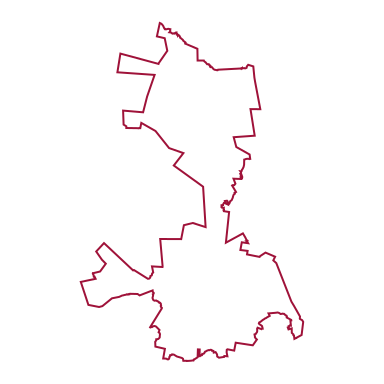 outline of Villa Hidalgo, San Luis Potosí, Mexico
{"feature_id": "50627088B95617722070364", "entity_name": "Villa Hidalgo", "entity_type": "district", "adm_level": 2, "iso_a3": "MEX", "parent_name": "Mexico", "parent_adm1": "San Luis Potosí", "projection": "orthographic", "projection_center": [-100.656, 22.682], "detail": "fine", "context": "isolated", "style": "outline", "palette": "rose", "viewbox_px": 384, "rotation_deg": 0, "n_neighbors": 0, "source": "geoboundaries", "source_scale": "gbopen_adm2", "svg_char_len": 5947}
<svg xmlns="http://www.w3.org/2000/svg" viewBox="0 0 384 384"><path d="M92.9,273.1L92.8,273.7L93.5,274.9L93.8,276.7L94.5,276.6L95.6,278.8L80.8,281.9L88.4,304.9L99.1,307.0L102.4,306.1L112.0,298.3L119.1,296.9L120.7,296.2L121.9,295.6L123.4,295.3L124.4,295.0L126.1,294.7L126.6,294.3L127.1,294.3L127.8,294.6L128.0,294.3L129.3,294.3L129.3,294.0L129.7,294.0L129.9,293.8L137.6,294.0L139.6,295.4L152.6,290.4L152.8,292.0L153.7,292.8L153.7,293.6L152.8,294.2L153.1,295.3L153.0,296.0L152.5,297.9L152.8,298.9L153.4,300.1L154.5,300.7L156.2,300.5L157.1,301.1L157.6,301.1L157.9,301.5L158.8,301.9L158.9,302.5L159.6,302.9L160.1,302.8L160.8,303.6L160.9,304.3L160.9,304.9L161.1,305.4L160.7,306.0L161.3,307.5L161.8,307.7L161.8,308.4L149.6,328.1L150.1,327.5L150.7,327.1L152.0,327.1L153.2,326.3L154.3,326.0L155.6,326.3L156.1,326.6L159.5,330.0L158.6,332.3L159.7,333.2L160.0,334.2L159.9,334.5L159.7,337.4L159.3,338.0L158.2,339.0L156.2,339.3L156.3,340.2L155.2,341.8L155.4,346.6L164.9,348.8L163.2,358.5L165.8,358.6L166.7,358.8L167.3,359.3L168.4,359.3L169.0,358.8L169.4,357.6L169.3,357.2L169.5,356.7L169.8,356.5L170.1,355.7L170.1,355.2L170.5,355.1L170.8,355.3L171.2,355.2L172.3,354.7L172.3,354.4L173.8,354.6L176.9,356.5L181.7,357.9L182.3,358.2L183.0,358.8L183.3,360.8L186.7,360.8L186.8,361.0L191.0,360.7L193.0,360.4L193.5,360.5L194.0,359.5L194.6,359.7L194.3,359.4L197.6,357.3L197.9,349.4L199.7,349.5L199.5,356.2L199.9,356.2L200.2,355.7L200.9,355.6L201.0,355.4L201.2,355.1L201.5,355.0L201.7,354.7L202.0,354.7L202.1,354.4L202.3,354.6L202.5,354.2L203.4,353.6L203.8,353.6L204.6,352.7L204.8,352.0L205.3,351.5L205.5,351.5L206.0,351.3L206.9,350.7L207.8,350.4L208.4,350.1L209.4,350.2L210.4,349.8L210.9,349.8L211.7,350.0L212.0,350.8L213.4,350.9L213.7,352.6L215.6,352.1L216.7,353.8L217.1,354.7L217.2,356.5L219.0,357.7L224.1,356.9L224.3,356.0L227.4,356.3L226.6,352.2L226.8,349.7L227.5,349.3L234.2,350.6L235.7,342.7L252.8,345.3L256.9,339.5L255.6,338.3L255.4,337.9L255.1,337.5L254.9,337.1L255.0,336.8L254.5,334.4L255.9,333.8L256.0,333.4L256.9,332.3L257.2,331.3L257.2,329.7L257.1,329.1L257.3,328.7L257.2,328.6L257.6,327.7L261.6,329.2L261.8,329.0L262.3,328.2L262.6,328.3L262.4,327.2L262.1,326.8L262.1,326.2L261.8,325.8L261.6,325.7L261.3,325.4L259.4,324.2L258.9,323.5L259.1,323.2L259.1,322.6L259.4,322.3L260.4,321.9L262.7,320.0L264.2,319.1L265.1,318.4L266.0,318.1L267.1,317.3L269.7,315.9L268.5,313.4L275.4,312.8L277.7,312.5L279.2,313.0L280.6,314.0L282.0,313.8L282.8,313.6L283.5,313.9L284.2,313.9L284.9,314.6L285.2,315.0L286.0,315.4L285.9,315.5L286.7,316.2L286.9,316.5L286.7,317.5L291.2,319.9L291.3,320.5L290.4,320.8L290.9,325.6L289.8,325.4L289.5,325.7L289.5,325.9L288.9,326.1L288.6,326.2L288.8,327.2L287.8,327.5L288.5,329.4L291.7,328.4L291.8,332.9L293.4,334.4L293.4,335.3L294.0,335.6L294.4,338.9L295.7,338.2L296.2,338.1L296.2,337.9L301.6,335.0L303.2,321.9L302.2,320.2L299.9,318.9L299.8,318.7L300.0,316.5L294.0,305.9L291.4,301.6L276.3,263.1L273.3,260.4L275.1,256.7L265.5,252.6L260.0,256.2L259.6,256.9L247.0,254.4L247.6,250.9L240.4,250.0L241.8,242.3L248.1,243.2L247.2,241.7L246.6,241.2L247.3,241.1L247.6,240.8L247.6,240.7L246.5,240.0L245.4,237.6L242.9,233.4L225.9,242.7L229.1,212.0L224.0,211.2L224.0,209.9L223.6,209.9L223.7,208.9L223.6,209.0L223.6,207.8L222.0,207.6L221.8,206.5L221.5,206.6L221.5,205.2L223.0,205.1L223.0,204.6L223.9,202.9L225.5,203.3L225.8,203.6L226.7,204.0L226.0,203.0L225.3,202.7L225.3,202.1L224.9,201.0L227.0,200.7L227.4,201.1L227.6,201.7L228.6,203.5L228.9,204.1L229.0,204.0L229.4,203.5L230.1,201.4L230.3,201.4L230.4,201.1L231.0,200.6L231.4,200.4L231.9,199.8L232.4,198.4L232.8,197.7L232.9,196.9L233.5,195.0L234.3,194.0L234.8,193.8L234.9,193.4L234.6,192.8L236.0,192.0L232.1,185.5L232.8,185.1L234.3,185.1L235.4,183.7L233.5,178.7L241.5,179.0L241.6,178.8L241.7,178.6L241.5,178.1L241.0,178.2L240.8,177.7L242.1,178.0L242.3,177.0L242.0,176.2L241.2,176.1L241.1,176.3L240.8,175.4L241.2,175.4L241.6,175.0L240.8,173.6L240.4,173.8L240.3,173.7L241.1,173.0L240.9,172.0L240.4,171.3L241.2,171.4L241.6,171.1L241.9,169.9L242.7,168.8L243.6,166.9L244.1,164.6L244.2,159.6L244.7,159.5L245.9,159.0L247.1,158.8L248.8,158.8L249.1,159.0L249.3,158.9L249.4,159.0L249.6,158.9L250.2,158.9L249.6,154.5L236.3,147.0L233.7,137.2L254.7,135.7L250.5,109.1L260.3,109.2L255.1,81.8L254.4,77.6L253.3,66.4L248.2,64.8L246.8,66.5L246.6,67.8L245.6,68.3L244.7,68.3L244.4,68.1L243.1,68.2L242.5,68.5L242.0,68.5L242.0,68.2L241.3,68.8L241.0,68.3L240.7,68.5L218.0,69.7L217.7,70.2L217.1,70.3L216.7,70.1L214.5,69.7L213.5,69.1L212.0,67.2L211.7,67.1L210.8,67.1L210.7,66.8L210.2,66.7L210.3,66.3L210.0,66.0L210.3,65.7L210.1,65.5L209.8,65.7L209.7,65.4L209.2,64.8L208.8,64.7L208.7,64.2L207.1,64.2L205.5,62.2L204.8,61.8L203.9,60.9L203.8,60.5L197.6,60.5L197.4,48.8L185.2,43.6L185.3,43.2L185.0,42.5L185.3,42.3L183.2,40.7L182.9,39.9L180.6,38.0L180.4,37.6L180.1,37.6L179.8,36.5L179.8,36.3L179.4,35.9L179.1,35.9L179.0,35.7L178.7,35.4L178.6,35.0L178.3,34.9L177.8,35.0L177.7,35.2L177.6,34.8L177.1,34.7L177.2,34.4L176.8,33.9L177.1,33.7L176.9,33.4L176.2,33.0L176.3,32.5L175.6,32.6L175.2,33.0L175.1,33.4L174.5,33.3L174.4,33.6L174.2,33.7L173.9,33.6L173.1,33.4L172.6,33.6L172.3,33.3L171.9,33.3L170.9,32.5L169.4,32.3L169.8,31.8L170.0,31.7L170.2,31.1L170.1,30.4L170.3,30.0L170.2,29.6L170.3,29.2L168.2,28.8L165.9,29.4L165.3,28.9L164.8,29.1L164.0,27.8L163.3,26.1L162.3,24.7L161.3,23.7L159.8,23.0L156.9,36.4L164.7,38.2L167.3,50.8L158.7,63.2L158.5,63.9L120.4,53.6L117.4,72.3L154.6,74.9L147.1,96.6L143.1,112.3L123.1,110.6L123.6,124.6L126.3,126.3L126.3,128.0L138.8,128.2L138.9,128.3L139.3,128.2L139.5,127.9L139.8,127.8L140.3,128.0L141.3,122.9L155.5,131.0L169.1,148.1L183.4,153.1L173.8,165.5L203.1,186.7L205.6,227.1L192.8,223.0L183.9,225.2L181.2,239.1L160.2,239.0L162.6,266.3L162.5,267.0L152.0,266.4L153.2,272.5L152.1,273.5L151.9,275.0L151.6,275.5L150.4,276.0L150.2,277.6L149.2,278.6L147.9,278.8L133.9,270.0L133.1,270.4L104.0,243.1L96.2,251.5L101.9,259.7L105.8,263.7L100.1,271.5L93.5,273.1L92.9,273.1Z" fill="none" stroke="#9f1239" stroke-width="2"/></svg>